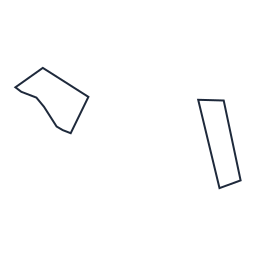 the state/province of Satupa'itea
{"feature_id": "WSM-4993", "entity_name": "Satupa'itea", "entity_type": "state/province", "adm_level": 1, "iso_a3": "WSM", "parent_name": "Samoa", "parent_adm1": "", "projection": "albers", "projection_center": [-172.549, -13.684], "detail": "fine", "context": "isolated", "style": "outline", "palette": "slate", "viewbox_px": 256, "rotation_deg": 0, "n_neighbors": 0, "source": "natural_earth", "source_scale": "10m", "svg_char_len": 302}
<svg xmlns="http://www.w3.org/2000/svg" viewBox="0 0 256 256"><path d="M70.7,133.2L62.7,130.1L56.6,126.5L44.0,106.8L36.4,97.6L21.3,91.8L15.4,87.3L42.8,67.9L57.3,77.1L88.4,96.9L70.7,133.2ZM240.6,180.4L219.5,188.1L198.2,99.8L223.7,100.5L240.6,180.4Z" fill="none" stroke="#1e293b" stroke-width="2"/></svg>